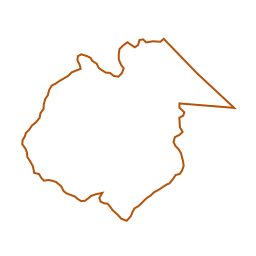 outline of Iconha, Espírito Santo, Brazil, rotated 276°
{"feature_id": "56859067B88313113009325", "entity_name": "Iconha", "entity_type": "district", "adm_level": 2, "iso_a3": "BRA", "parent_name": "Brazil", "parent_adm1": "Espírito Santo", "projection": "mercator", "projection_center": [-40.862, -20.764], "detail": "fine", "context": "isolated", "style": "outline", "palette": "amber", "viewbox_px": 256, "rotation_deg": 276, "n_neighbors": 0, "source": "geoboundaries", "source_scale": "gbopen_adm2", "svg_char_len": 1592}
<svg xmlns="http://www.w3.org/2000/svg" viewBox="0 0 256 256"><g transform="rotate(276 128 128)"><path d="M73.6,39.3L72.9,44.3L69.2,47.1L66.8,50.0L68.0,54.3L67.6,58.3L66.8,62.1L63.0,67.7L58.5,70.6L56.7,73.4L55.7,77.1L54.3,82.3L52.1,85.5L50.4,89.0L51.1,92.8L53.7,95.6L56.7,98.6L58.8,103.1L60.8,109.3L55.5,106.8L52.0,108.4L50.6,112.1L50.6,115.6L48.1,118.2L44.6,121.4L42.5,124.2L40.4,127.1L37.1,130.8L35.6,136.4L40.5,140.0L45.1,141.3L48.7,142.8L51.3,146.4L55.1,149.7L58.8,152.6L61.1,154.9L63.2,157.6L66.8,160.6L70.3,165.7L73.2,169.1L75.7,172.2L77.3,175.1L81.5,177.8L86.2,180.3L87.7,184.3L91.3,186.2L96.0,187.3L100.5,186.3L104.5,184.8L108.6,183.3L112.2,180.5L115.1,177.0L118.9,174.7L123.8,175.6L126.7,180.1L129.8,182.7L134.1,179.6L138.3,178.9L143.6,178.0L146.0,181.6L149.5,182.4L153.6,177.0L157.8,176.6L159.1,231.5L184.9,197.2L190.5,189.9L220.4,154.2L217.2,151.4L217.0,147.5L216.9,144.1L215.9,140.2L215.0,137.1L217.7,133.8L216.7,130.2L211.6,129.4L209.0,126.4L211.3,121.8L213.2,118.5L210.0,114.9L205.7,111.3L200.3,111.1L195.1,111.7L190.1,114.5L186.8,117.5L182.0,116.2L178.1,113.2L178.2,108.5L181.0,104.2L180.7,100.2L182.5,96.5L184.6,92.7L188.7,90.1L191.0,85.4L193.8,83.5L195.1,80.2L196.4,73.9L194.1,70.6L190.1,70.6L185.6,73.4L181.9,74.7L180.0,70.9L177.4,66.1L173.7,63.2L171.1,59.7L168.0,55.4L164.5,51.2L162.2,47.7L157.5,45.6L152.1,44.8L148.1,42.6L142.7,41.8L138.0,42.0L133.7,39.4L129.0,39.1L123.9,35.8L120.4,32.2L115.9,29.9L112.5,27.0L108.6,26.2L105.1,24.5L100.8,24.5L96.6,28.3L92.8,30.2L88.6,30.9L84.5,34.3L80.3,37.2L77.3,38.3L73.6,39.3Z" fill="none" stroke="#b45309" stroke-width="2"/></g></svg>